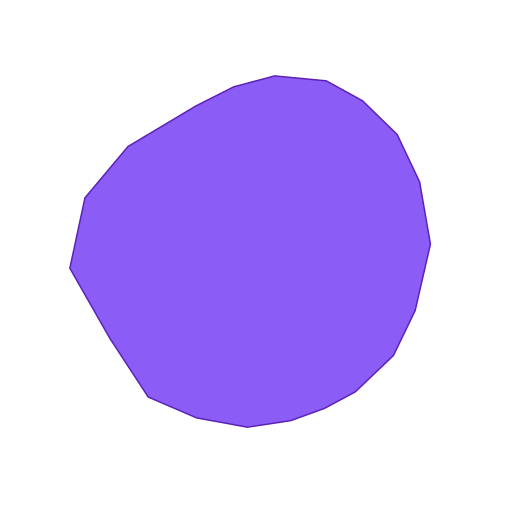 outline of Mangai, Bandundu, Democratic Republic of the Congo, rotated 340°
{"feature_id": "63176286B5937777491698", "entity_name": "Mangai", "entity_type": "district", "adm_level": 2, "iso_a3": "COD", "parent_name": "Democratic Republic of the Congo", "parent_adm1": "Bandundu", "projection": "mercator", "projection_center": [19.533, -4.06], "detail": "fine", "context": "isolated", "style": "filled", "palette": "violet", "viewbox_px": 512, "rotation_deg": 340, "n_neighbors": 0, "source": "geoboundaries", "source_scale": "gbopen_adm2", "svg_char_len": 418}
<svg xmlns="http://www.w3.org/2000/svg" viewBox="0 0 512 512"><g transform="rotate(340 256 256)"><path d="M189.3,413.9L232.5,422.6L268.4,422.6L302.9,417.6L351.1,396.5L386.9,361.7L424.0,304.5L435.1,242.3L430.2,190.1L409.2,146.6L382.0,115.5L335.0,93.1L293.1,89.4L251.1,94.4L173.2,109.3L115.2,142.8L76.9,203.8L90.5,283.4L106.5,351.7L144.8,387.8L189.3,413.9Z" fill="#8b5cf6" stroke="#5b21b6" stroke-width="1.5"/></g></svg>